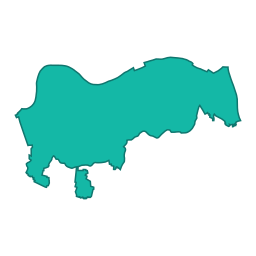 Gia Binh, Bắc Ninh, Vietnam (Albers equal-area conic projection)
{"feature_id": "81297802B26729031323268", "entity_name": "Gia Binh", "entity_type": "district", "adm_level": 2, "iso_a3": "VNM", "parent_name": "Vietnam", "parent_adm1": "Bắc Ninh", "projection": "albers", "projection_center": [106.208, 21.064], "detail": "fine", "context": "isolated", "style": "filled", "palette": "teal", "viewbox_px": 256, "rotation_deg": 0, "n_neighbors": 0, "source": "geoboundaries", "source_scale": "gbopen_adm2", "svg_char_len": 5733}
<svg xmlns="http://www.w3.org/2000/svg" viewBox="0 0 256 256"><path d="M228.0,67.1L226.6,67.1L222.9,66.9L222.7,67.0L221.6,68.2L221.0,68.7L218.2,70.8L213.5,73.2L210.4,71.1L208.4,69.8L207.0,71.7L205.9,71.3L202.3,69.8L200.5,68.9L199.3,68.6L197.0,67.8L194.3,66.4L192.7,65.3L192.3,65.0L192.4,64.7L192.9,63.6L192.3,62.9L191.3,62.1L190.4,61.7L188.8,61.0L187.9,60.4L186.4,59.7L183.5,58.9L182.7,58.6L178.3,58.0L170.5,57.3L169.7,57.4L167.5,57.7L164.0,58.7L162.3,59.1L161.0,59.2L156.1,59.0L152.8,60.1L149.2,61.1L148.1,61.5L144.1,62.6L145.3,66.1L141.9,67.8L137.1,69.7L134.4,70.6L133.4,67.7L130.2,69.6L127.3,71.4L125.6,72.1L124.3,72.8L121.1,75.3L117.9,77.5L115.0,78.9L111.3,80.4L108.4,81.3L105.5,82.7L102.4,83.9L99.2,84.6L97.9,84.7L93.3,84.5L91.2,84.0L89.6,83.3L88.5,82.7L83.9,79.2L82.3,77.6L79.6,74.5L78.8,73.7L74.7,70.6L73.9,69.9L71.9,68.6L68.9,67.0L66.8,66.2L64.9,65.8L61.9,65.4L58.6,65.3L53.0,65.3L50.6,65.2L48.5,65.4L47.0,65.7L44.8,66.6L43.7,67.4L41.9,69.2L40.2,71.2L38.9,73.9L37.8,77.2L37.0,80.5L36.6,82.3L36.5,83.6L36.7,87.0L36.6,91.4L35.9,97.2L35.2,100.5L34.6,102.0L33.6,103.8L32.6,105.0L31.7,106.0L29.9,107.3L28.3,108.2L26.7,108.8L25.1,108.9L23.2,108.9L21.8,108.7L20.6,110.3L18.2,112.6L17.7,113.0L17.9,113.7L17.8,113.8L17.1,114.0L17.1,114.5L15.4,115.2L15.8,116.1L16.5,117.6L18.6,116.9L20.0,122.2L23.8,133.4L28.0,145.5L29.0,145.3L32.2,145.1L32.4,147.1L32.4,147.4L31.4,148.3L31.1,148.9L31.2,150.8L31.2,156.0L29.2,155.0L29.2,158.8L29.4,159.0L31.1,160.1L30.6,160.9L29.3,162.0L28.0,162.5L26.7,163.5L26.4,163.8L26.4,164.4L26.7,165.6L26.9,166.1L27.7,167.2L27.8,168.2L27.7,169.1L26.8,171.2L26.1,172.4L26.7,172.8L26.5,173.2L27.0,173.7L27.3,173.6L27.5,173.6L28.4,175.0L28.2,175.4L30.2,176.7L30.7,176.2L31.3,176.5L31.8,176.5L32.3,176.3L32.6,177.6L33.8,177.7L33.8,178.8L33.3,178.9L33.2,179.2L33.5,179.7L35.0,180.4L34.2,181.7L43.5,186.2L45.4,187.1L46.5,187.3L47.0,185.7L48.3,185.6L49.3,183.0L49.3,182.5L49.1,181.8L49.3,181.0L49.0,179.9L48.9,177.6L46.9,177.4L47.0,176.4L42.0,175.1L42.8,171.8L43.0,170.6L43.8,170.6L43.8,168.3L45.7,167.9L47.7,167.1L48.3,166.8L48.9,165.8L48.5,165.5L48.9,164.1L49.5,162.8L51.2,160.5L51.6,159.8L51.8,159.3L51.9,158.5L52.1,157.8L53.3,156.1L53.5,155.9L54.3,156.3L54.7,156.8L55.7,158.5L55.9,159.0L56.4,159.2L57.7,159.2L58.1,159.3L58.5,159.7L60.1,162.4L60.7,162.8L61.8,163.1L63.8,163.3L64.5,163.2L64.7,163.3L65.7,165.2L66.8,166.3L67.8,166.9L70.8,168.0L71.6,168.2L72.2,168.2L74.9,167.2L76.7,166.8L76.4,168.3L76.0,172.8L75.0,182.1L76.1,182.4L75.8,184.1L75.1,186.7L76.9,187.3L76.5,188.9L76.0,190.4L75.4,191.7L76.4,194.5L76.7,195.9L76.4,196.2L76.5,196.4L79.0,197.2L79.2,196.7L79.5,196.7L79.6,196.8L79.5,197.2L80.7,197.9L81.0,197.4L81.9,197.7L82.3,197.4L82.5,197.5L82.8,197.2L83.1,197.4L83.1,198.0L83.7,198.0L83.7,198.6L84.9,198.7L85.1,198.1L85.3,198.0L85.5,198.1L85.6,198.6L86.1,198.5L86.4,198.5L86.5,198.0L86.8,198.0L87.0,197.4L87.6,197.4L87.8,196.9L88.4,197.0L88.5,197.2L88.9,197.1L88.9,197.4L90.3,197.4L91.4,196.3L91.5,195.9L92.2,192.9L93.0,189.5L93.7,189.3L93.8,188.0L93.7,187.2L93.1,187.0L90.7,186.3L90.4,182.2L90.3,181.3L86.1,178.8L86.9,176.7L87.0,176.2L85.3,175.3L85.6,174.2L86.5,174.1L86.9,173.8L87.1,173.4L87.8,173.2L87.7,171.9L87.3,171.5L87.3,171.3L87.3,170.6L86.3,170.5L85.7,170.4L85.8,169.6L84.3,169.5L83.2,169.5L83.1,170.5L77.9,170.5L78.1,166.7L81.7,165.3L82.8,165.2L84.5,165.1L85.6,165.0L87.7,165.1L89.5,165.9L90.4,166.0L90.9,165.8L91.6,165.4L92.3,164.7L93.4,163.4L94.4,162.7L95.3,162.5L96.8,162.7L99.2,162.7L101.3,162.6L104.1,162.2L105.6,161.9L108.8,160.4L109.1,161.7L109.5,164.2L111.3,164.2L111.3,165.6L113.7,166.2L113.6,169.4L115.0,169.5L116.0,168.5L116.0,167.5L116.4,167.0L117.3,167.1L117.5,167.2L117.7,167.8L117.8,167.9L118.4,168.1L118.6,167.9L120.3,169.6L121.4,166.6L121.9,165.5L122.9,163.7L124.2,161.9L124.4,161.2L124.5,158.7L124.5,157.8L124.3,157.2L124.2,155.1L124.6,152.6L125.1,151.4L125.3,150.7L125.5,150.0L125.5,149.4L125.3,148.4L125.1,148.1L123.6,146.7L125.9,144.3L126.8,142.9L127.0,141.4L126.9,140.3L128.6,139.9L130.6,139.9L131.2,139.9L131.5,139.8L133.1,138.6L134.2,137.6L135.2,136.9L137.4,136.2L138.1,135.8L138.6,135.1L139.5,133.5L140.3,132.9L141.7,131.9L142.4,131.5L143.1,131.2L144.1,131.2L144.5,131.2L145.4,131.5L146.5,132.4L147.4,133.4L148.6,134.5L149.6,135.2L150.5,135.6L152.9,136.1L156.3,137.8L156.9,138.0L157.4,137.9L158.5,137.5L161.5,134.3L165.0,131.2L166.8,130.0L167.5,129.8L169.0,129.9L169.9,130.1L171.0,131.9L171.4,132.2L171.8,132.2L174.2,132.2L177.2,131.9L178.7,131.8L179.6,131.9L180.1,132.0L180.5,132.2L181.2,133.0L183.3,132.9L185.5,132.8L186.9,132.5L188.2,131.9L189.8,130.9L190.5,130.3L192.1,128.6L192.6,127.9L194.6,124.3L194.7,123.8L194.9,122.0L195.3,120.7L196.8,118.2L196.8,117.4L196.7,116.6L196.5,116.0L196.7,115.2L198.0,109.7L198.3,108.9L198.8,107.0L199.5,105.8L199.8,105.4L202.8,110.2L205.0,114.1L206.3,113.5L207.6,112.6L207.9,113.6L208.2,113.9L209.1,113.8L209.0,115.1L209.9,115.0L209.8,117.2L212.3,118.4L212.5,118.5L212.6,118.8L212.7,120.6L213.8,120.6L214.0,119.1L213.9,118.0L213.9,117.8L213.7,117.5L213.6,117.2L213.6,115.9L213.6,115.3L214.1,114.9L214.1,114.3L214.3,114.1L215.5,115.6L215.9,115.9L221.7,118.9L224.9,121.3L224.8,121.7L224.9,122.2L225.4,122.7L225.1,123.2L225.0,123.5L225.3,123.8L225.6,124.0L225.4,124.5L226.3,125.2L228.0,126.1L228.5,126.4L228.8,126.4L229.2,125.9L229.5,125.9L229.9,125.4L229.5,124.4L230.4,124.7L231.0,124.7L232.5,124.4L232.6,126.7L233.5,126.5L234.0,126.1L234.2,125.3L233.7,125.3L233.7,124.5L234.2,124.4L234.2,124.9L235.1,125.0L235.1,125.5L235.7,125.5L235.8,124.8L236.1,124.5L235.3,123.4L236.0,123.0L235.9,122.3L236.8,121.7L238.3,121.1L240.6,120.6L239.3,117.8L238.3,114.3L237.7,111.5L237.4,107.9L237.2,99.1L236.6,95.6L236.4,94.7L233.3,85.3L232.2,82.5L230.9,78.9L228.7,72.0L228.1,69.0L228.0,67.1Z" fill="#14b8a6" stroke="#0f766e" stroke-width="1.5"/></svg>